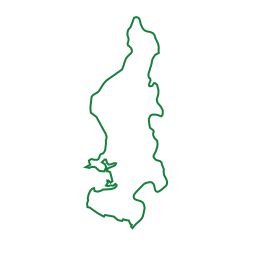 map outline of Kyōto (Albers equal-area conic projection), rotated 226°
{"feature_id": "JPN-1850", "entity_name": "Kyōto", "entity_type": "Urban Prefecture", "adm_level": 1, "iso_a3": "JPN", "parent_name": "Japan", "parent_adm1": "", "projection": "albers", "projection_center": [135.379, 35.234], "detail": "fine", "context": "isolated", "style": "outline", "palette": "green", "viewbox_px": 256, "rotation_deg": 226, "n_neighbors": 0, "source": "natural_earth", "source_scale": "10m", "svg_char_len": 2972}
<svg xmlns="http://www.w3.org/2000/svg" viewBox="0 0 256 256"><g transform="rotate(226 128 128)"><path d="M52.9,61.6L55.2,61.8L55.7,63.5L57.3,63.0L59.6,63.8L61.0,64.3L63.6,62.2L64.4,61.7L65.7,61.2L65.2,59.2L68.8,56.7L71.7,56.5L74.0,56.3L76.0,54.9L81.3,51.1L81.0,49.1L87.4,47.1L93.7,45.8L97.1,45.3L99.2,43.9L102.2,46.2L103.6,49.0L105.5,50.3L107.5,53.4L109.0,57.0L109.2,59.7L108.4,61.8L105.8,60.2L103.2,62.0L101.6,65.3L101.1,67.3L99.9,68.6L96.3,72.8L94.2,76.3L94.2,79.4L95.2,80.3L96.6,80.0L96.7,77.3L98.5,75.9L100.2,73.3L101.9,72.2L102.5,75.4L104.0,76.0L104.7,76.7L103.6,77.5L102.3,77.6L100.8,77.4L100.6,79.9L108.6,84.5L110.5,83.7L111.6,82.7L113.0,85.2L112.2,87.4L111.6,88.8L110.4,91.7L110.2,93.0L110.9,94.8L112.3,93.6L113.5,91.0L115.1,88.6L117.4,88.7L120.5,90.2L121.5,89.3L121.5,85.4L117.8,86.3L114.8,84.9L113.3,80.7L116.3,78.1L117.8,77.5L121.5,77.4L123.2,76.9L124.5,75.6L125.7,74.0L126.2,72.4L129.2,70.4L128.6,72.9L127.8,75.3L130.1,76.2L131.7,77.3L131.2,79.7L130.9,80.3L129.2,81.3L127.9,82.3L126.5,83.8L126.2,85.1L126.7,86.7L127.5,88.1L128.0,89.6L128.0,90.4L127.1,92.5L127.2,94.0L127.9,96.1L132.0,101.2L134.3,103.3L135.3,105.0L136.3,106.3L139.0,107.8L158.0,113.0L164.9,111.9L168.7,115.0L175.7,123.4L176.0,125.8L174.7,131.4L174.9,133.5L176.7,140.6L177.0,143.3L177.1,145.7L174.3,163.8L174.3,164.5L175.7,167.6L177.5,170.8L179.4,174.9L179.7,177.2L179.8,179.5L179.6,181.9L180.1,183.4L180.7,184.3L182.0,185.3L183.6,185.7L185.6,185.7L187.4,185.4L189.1,186.4L190.0,188.2L191.0,189.6L192.1,190.6L195.4,192.2L196.8,193.7L198.0,195.4L198.6,196.9L198.7,199.9L203.1,209.0L202.1,210.9L200.9,211.7L199.5,212.1L198.3,211.8L196.5,211.0L193.9,209.3L189.6,207.8L186.8,207.7L184.2,208.8L182.0,210.5L179.0,211.8L176.8,211.7L174.9,210.9L173.8,210.2L168.6,208.5L166.6,207.5L164.8,206.3L162.6,203.9L160.6,202.3L161.7,198.3L160.8,194.2L159.9,192.4L157.5,189.0L152.8,180.5L151.2,178.8L149.5,178.1L148.2,178.3L146.6,177.3L144.6,173.1L143.6,172.5L142.5,173.0L141.8,174.1L141.4,175.2L141.9,176.4L142.2,177.9L141.3,178.7L138.9,178.9L134.5,176.5L132.2,174.4L130.4,171.9L128.7,168.7L126.8,167.3L125.1,166.7L120.3,166.4L116.5,165.2L113.8,162.5L113.3,161.3L113.3,160.0L114.4,159.4L116.1,158.7L118.4,157.2L120.8,154.7L121.3,152.7L120.7,151.0L119.8,149.1L118.5,147.9L114.0,144.6L112.4,144.0L109.0,144.6L107.6,144.1L106.6,142.3L105.1,141.0L103.2,140.3L101.2,140.0L98.8,140.2L95.8,138.1L94.1,135.9L92.0,132.1L90.4,127.3L89.6,126.4L88.9,126.1L86.3,125.9L85.0,126.2L82.1,128.0L80.0,128.2L78.3,127.1L73.6,125.2L71.9,123.4L70.3,122.1L68.8,121.2L64.4,119.9L62.0,118.7L60.8,117.3L60.2,116.0L60.0,114.8L60.4,108.8L60.7,107.1L61.3,105.2L62.4,104.3L63.7,104.2L65.4,104.9L68.3,106.8L69.5,107.3L70.6,107.5L72.0,107.4L73.2,106.8L74.1,105.7L75.0,104.4L75.9,102.9L76.5,101.2L76.6,99.5L76.3,89.3L75.8,86.0L74.7,84.4L73.3,83.5L71.8,83.6L70.5,84.1L66.5,86.3L64.3,86.9L61.8,86.3L58.9,84.4L55.5,79.5L54.1,77.2L53.4,75.3L53.2,73.2L53.2,70.5L53.3,68.9L53.4,67.2L52.9,61.6Z" fill="none" stroke="#15803d" stroke-width="2"/></g></svg>